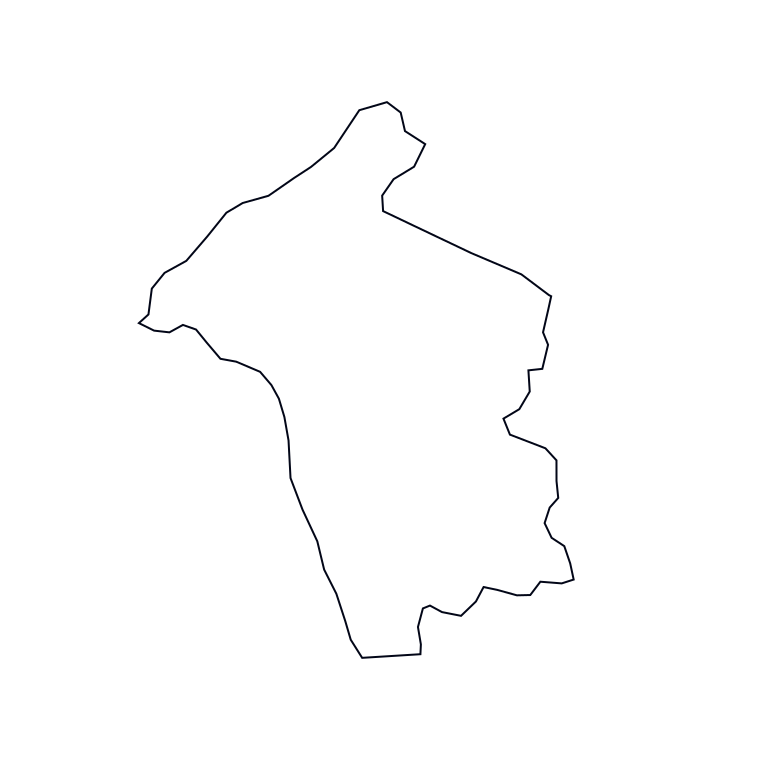 the district of Karlskrona, Blekinge, Sweden, rotated 203°
{"feature_id": "70781695B53871800350845", "entity_name": "Karlskrona", "entity_type": "district", "adm_level": 2, "iso_a3": "SWE", "parent_name": "Sweden", "parent_adm1": "Blekinge", "projection": "mercator", "projection_center": [15.674, 56.309], "detail": "fine", "context": "isolated", "style": "outline", "palette": "ink", "viewbox_px": 768, "rotation_deg": 203, "n_neighbors": 0, "source": "geoboundaries", "source_scale": "gbopen_adm2", "svg_char_len": 1150}
<svg xmlns="http://www.w3.org/2000/svg" viewBox="0 0 768 768"><g transform="rotate(203 384 384)"><path d="M264.4,530.1L267.0,530.3L300.4,538.6L354.8,538.6L420.3,541.4L452.4,542.8L459.3,556.7L455.2,576.3L441.2,595.8L439.8,620.9L463.5,625.0L474.7,640.4L491.4,644.6L513.7,626.4L522.1,581.8L536.0,555.3L547.2,538.6L563.9,512.1L584.8,495.4L596.0,480.1L604.3,450.8L614.1,420.1L629.4,400.6L635.0,381.1L628.0,356.0L633.4,344.3L616.5,343.3L601.7,347.7L592.2,359.8L578.3,360.7L563.5,352.9L544.4,343.3L528.8,346.8L502.8,346.8L487.2,339.0L475.0,329.4L462.8,314.7L449.8,294.7L433.3,260.9L409.9,236.5L383.9,213.1L367.2,190.6L366.5,189.7L345.9,172.3L327.0,150.6L314.7,135.6L297.1,123.4L278.1,132.9L244.9,149.5L248.3,158.7L257.8,173.6L260.5,192.6L255.1,198.0L241.5,196.7L222.5,200.7L214.4,219.7L213.0,236.0L199.5,238.7L179.1,241.4L166.9,246.9L162.8,263.1L142.5,269.9L133.0,278.1L142.5,291.6L154.7,305.2L169.6,307.9L181.8,318.7L183.2,335.0L179.1,347.2L187.3,362.1L195.4,381.1L210.3,387.9L248.3,386.6L260.5,398.8L249.6,413.7L246.9,434.0L256.4,453.0L244.2,459.8L248.3,484.2L257.8,493.7L261.9,516.8L264.4,530.1Z" fill="none" stroke="#020617" stroke-width="2"/></g></svg>